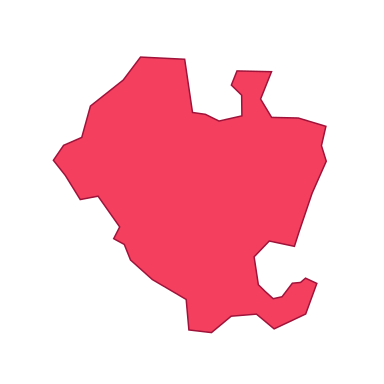 Kushtepa, Ferghana, Uzbekistan, rotated 13°
{"feature_id": "79887680B56995537187313", "entity_name": "Kushtepa", "entity_type": "district", "adm_level": 2, "iso_a3": "UZB", "parent_name": "Uzbekistan", "parent_adm1": "Ferghana", "projection": "mercator", "projection_center": [71.644, 40.53], "detail": "fine", "context": "isolated", "style": "filled", "palette": "rose", "viewbox_px": 384, "rotation_deg": 13, "n_neighbors": 0, "source": "geoboundaries", "source_scale": "gbopen_adm2", "svg_char_len": 753}
<svg xmlns="http://www.w3.org/2000/svg" viewBox="0 0 384 384"><g transform="rotate(13 192 192)"><path d="M334.2,253.0L322.0,250.4L318.1,255.7L310.3,258.3L303.3,273.8L295.1,277.7L285.4,272.3L277.5,267.4L267.1,241.2L278.3,222.4L304.0,221.9L305.3,206.2L309.3,166.1L315.9,131.8L307.7,117.7L307.7,97.9L278.9,96.0L252.8,101.4L237.9,86.0L242.4,56.9L208.6,63.9L206.3,79.0L218.6,86.5L223.5,106.6L202.3,116.8L187.6,113.3L174.6,114.4L155.0,64.3L111.5,72.1L99.8,98.4L73.7,131.1L72.3,163.6L56.4,175.4L49.8,192.3L64.9,204.4L84.8,224.5L101.4,217.2L129.4,242.3L126.2,255.1L137.8,258.3L147.4,272.1L173.0,286.2L210.5,298.0L220.0,327.1L242.6,324.6L258.1,304.2L282.3,296.5L302.8,306.9L330.2,285.3L334.2,253.0Z" fill="#f43f5e" stroke="#9f1239" stroke-width="1.5"/></g></svg>